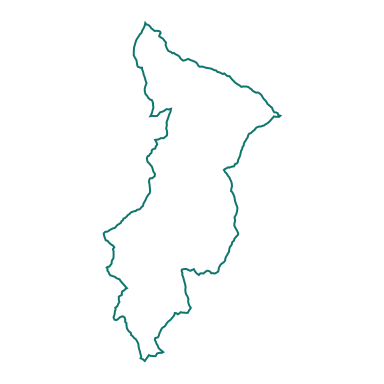 Marília, São Paulo, Brazil (Robinson projection)
{"feature_id": "56859067B32414621865348", "entity_name": "Marília", "entity_type": "district", "adm_level": 2, "iso_a3": "BRA", "parent_name": "Brazil", "parent_adm1": "São Paulo", "projection": "robinson", "projection_center": [-49.991, -22.185], "detail": "fine", "context": "isolated", "style": "outline", "palette": "teal", "viewbox_px": 384, "rotation_deg": 0, "n_neighbors": 0, "source": "geoboundaries", "source_scale": "gbopen_adm2", "svg_char_len": 6010}
<svg xmlns="http://www.w3.org/2000/svg" viewBox="0 0 384 384"><path d="M280.3,115.8L278.3,115.0L277.6,113.1L276.1,112.5L274.1,112.2L272.7,109.7L272.0,107.7L270.4,106.4L268.7,104.9L267.4,103.9L266.8,102.5L265.3,100.4L263.9,99.1L262.6,97.2L261.6,95.3L260.0,93.7L258.1,92.5L256.0,92.7L254.4,91.8L252.7,90.9L251.5,89.3L250.1,88.5L248.5,87.1L246.3,86.5L244.6,86.5L242.8,86.5L241.4,86.9L240.0,85.7L238.7,84.9L237.0,83.9L235.1,82.6L233.7,81.0L232.2,79.6L230.9,78.0L229.5,76.1L227.4,76.1L225.9,74.8L224.2,73.4L222.9,74.1L221.0,73.1L219.2,72.2L217.5,72.0L216.2,70.5L214.1,70.1L212.7,69.3L211.1,68.6L209.5,68.3L207.3,68.0L205.4,67.6L203.6,66.9L201.8,66.6L199.5,66.7L198.2,65.6L197.6,64.3L196.4,62.7L194.6,61.6L192.2,60.6L190.3,60.1L188.4,58.9L186.5,59.6L184.8,60.3L183.4,60.7L181.9,59.8L180.4,58.3L179.5,56.6L178.2,55.6L177.0,54.9L175.5,54.3L173.9,52.9L172.5,53.3L171.1,52.1L168.4,51.0L167.3,49.2L166.5,47.5L165.6,45.1L166.0,42.6L164.3,40.6L163.0,38.7L161.0,37.5L159.2,36.3L159.6,34.5L160.6,33.3L160.2,31.8L158.8,31.0L156.4,30.8L154.4,30.9L152.8,29.4L151.2,28.3L150.5,27.0L149.5,25.8L147.9,24.8L146.3,24.4L145.3,23.0L144.7,25.7L143.7,28.1L142.2,30.6L141.4,33.0L139.8,34.4L138.6,36.5L136.7,39.3L136.0,40.9L135.5,42.4L134.9,44.6L134.0,47.8L133.8,51.4L133.8,53.2L133.7,55.2L134.5,56.9L135.4,58.4L136.5,60.4L136.8,62.2L137.0,64.1L137.7,66.6L140.5,67.8L142.0,67.7L142.1,69.3L143.2,72.1L143.6,74.4L144.7,77.3L145.1,78.8L145.5,80.3L146.5,83.1L145.1,87.0L144.7,89.0L144.8,91.2L145.5,94.1L147.2,95.9L148.1,97.7L150.1,99.6L151.7,100.0L152.5,101.6L153.0,103.0L153.1,105.4L153.4,107.7L152.7,109.9L152.1,112.3L151.2,114.7L150.4,116.2L152.0,116.0L153.5,115.9L155.0,116.2L157.1,115.9L159.1,113.8L159.8,112.5L162.1,111.7L164.0,111.0L165.2,110.0L166.6,109.1L168.6,109.5L171.0,108.8L170.6,111.2L170.1,112.7L169.3,114.2L168.3,117.4L167.7,119.2L167.1,120.7L166.5,122.6L166.9,124.3L166.6,126.4L166.2,128.3L166.9,130.9L167.2,133.0L166.9,135.5L165.2,136.9L163.7,138.2L161.0,138.1L158.3,139.5L155.2,139.9L156.5,142.3L157.2,144.6L155.9,146.2L155.3,148.5L153.5,149.0L151.9,150.1L151.4,152.9L149.9,154.2L149.0,155.8L147.7,156.1L146.8,158.1L147.2,160.2L147.7,162.1L148.8,162.9L150.5,165.0L151.8,166.4L152.7,169.0L153.1,170.7L153.7,172.2L154.9,173.7L154.8,176.0L153.8,176.9L152.3,178.2L150.1,178.3L149.2,179.9L149.0,181.8L149.5,184.1L149.8,187.3L150.0,189.5L150.1,191.7L149.6,193.3L148.0,195.2L146.6,197.4L145.9,199.2L144.8,201.4L143.7,203.1L143.3,204.5L142.9,206.0L141.4,207.2L139.8,209.2L138.1,209.6L136.8,209.9L135.8,211.0L133.9,211.3L131.1,212.3L129.4,214.1L127.8,215.1L126.6,216.7L125.1,217.9L123.4,218.7L122.8,220.4L121.5,221.2L120.7,223.0L118.7,224.2L116.9,225.4L116.1,226.6L114.7,228.0L112.8,228.4L110.7,229.5L109.0,230.6L107.5,231.6L105.3,231.8L103.7,233.4L104.1,235.8L104.9,237.9L105.7,240.2L107.6,240.9L109.1,242.8L110.5,243.9L111.7,244.9L112.9,245.5L114.3,247.3L112.9,249.1L113.5,251.0L113.6,253.3L113.6,255.7L113.4,258.5L112.2,260.0L111.7,261.5L111.6,263.7L110.3,265.3L109.5,266.6L107.9,266.8L106.7,267.5L107.6,268.9L107.4,270.7L108.5,271.9L109.2,273.8L110.4,275.4L111.8,275.8L113.6,276.4L115.2,277.0L116.3,278.1L117.8,278.7L119.5,279.3L120.5,280.9L122.9,283.7L124.5,285.4L125.6,286.8L126.9,288.2L125.4,289.0L124.0,290.5L122.3,291.3L121.8,293.0L121.8,294.9L120.1,295.8L118.8,296.7L118.8,298.2L118.8,299.9L119.4,301.9L118.1,304.2L117.2,306.4L115.3,307.7L115.6,309.4L114.9,311.4L114.7,313.1L114.5,314.7L113.5,317.3L114.4,319.6L116.4,320.1L117.8,319.2L120.2,317.1L122.8,316.3L124.6,317.5L125.3,319.7L125.1,321.8L126.4,323.1L126.5,325.5L126.9,328.2L127.9,330.0L128.9,331.3L130.8,332.8L131.2,335.1L132.8,336.3L134.1,338.0L135.8,339.2L136.7,340.7L137.7,342.4L138.4,344.2L138.6,346.7L139.0,348.5L139.8,351.2L140.5,354.2L141.2,356.4L140.6,358.3L142.9,359.3L144.8,361.0L146.3,358.8L147.5,357.2L148.9,355.1L150.4,355.9L151.9,355.9L153.5,356.1L155.6,356.1L157.0,353.6L158.9,352.9L161.9,352.8L163.2,352.1L159.8,349.3L158.4,347.7L157.6,345.3L156.6,344.0L155.9,341.8L154.8,339.8L155.3,338.0L156.7,337.7L158.1,337.2L158.8,335.6L159.6,332.9L160.5,331.1L161.3,329.3L162.3,327.8L164.7,326.4L166.0,324.5L166.9,323.0L167.9,321.9L169.0,320.9L170.4,320.0L172.2,317.8L173.4,316.3L174.3,315.1L174.8,313.0L176.6,313.3L177.8,314.3L179.5,313.3L180.6,312.2L182.7,312.7L184.7,312.7L186.1,312.9L187.8,312.8L189.0,310.4L190.1,309.1L190.8,307.9L189.5,305.9L188.7,303.9L188.1,301.4L188.4,298.8L187.4,296.3L186.4,294.8L185.6,292.7L185.3,289.8L185.6,287.2L185.2,284.6L184.5,282.1L184.0,280.3L183.6,278.7L183.1,276.9L182.3,275.2L182.4,273.1L181.7,271.3L181.8,269.6L183.9,269.1L185.7,268.9L187.0,269.2L188.5,270.1L190.5,270.8L191.9,270.0L193.9,269.2L194.6,270.7L195.6,272.1L196.6,273.4L197.8,274.1L198.9,275.0L200.3,273.4L201.7,273.3L203.4,273.5L205.2,272.0L206.8,270.8L208.2,270.8L210.1,271.6L211.2,273.2L213.1,273.2L214.9,273.5L216.5,272.7L218.2,271.5L218.6,269.9L218.8,268.1L219.7,266.2L220.7,264.5L222.4,263.1L223.9,262.2L225.1,260.5L225.5,258.0L226.3,256.3L227.3,254.8L228.1,253.1L229.1,251.7L229.3,249.0L229.9,246.9L231.3,245.4L231.9,243.8L232.2,242.2L233.9,240.7L234.3,239.1L235.4,237.6L236.4,236.4L237.7,235.2L238.3,233.7L237.7,232.2L237.0,230.5L236.1,229.2L235.4,227.8L234.3,225.5L234.4,223.1L235.2,220.9L234.8,218.8L234.5,217.3L235.3,216.0L236.4,213.9L237.2,210.5L237.4,207.5L236.3,204.7L235.6,202.7L234.9,200.4L234.5,197.3L233.7,195.1L232.9,193.4L232.1,192.0L231.1,191.1L231.4,188.3L232.0,186.4L231.8,183.6L231.1,181.2L230.2,179.5L229.4,177.4L227.8,175.6L226.7,173.6L225.2,172.1L223.9,169.9L225.0,169.0L226.3,168.4L228.0,167.4L229.5,167.6L231.2,166.8L234.0,166.3L235.1,164.0L237.0,163.4L237.9,161.8L238.1,159.9L239.0,158.2L240.0,155.9L241.2,150.6L242.1,149.2L242.4,147.3L243.6,145.7L244.0,143.5L244.7,141.8L245.7,140.6L246.4,139.2L247.6,137.5L248.3,134.9L249.3,133.6L251.0,133.0L252.6,131.4L254.6,129.9L255.5,128.5L256.7,127.4L259.1,126.5L260.9,126.5L262.2,125.9L263.8,125.6L265.9,124.1L267.1,123.5L268.4,122.5L270.2,120.8L271.4,119.3L272.8,117.8L273.9,116.4L275.5,116.8L277.7,116.8L279.0,116.9L280.3,115.8Z" fill="none" stroke="#0f766e" stroke-width="2"/></svg>